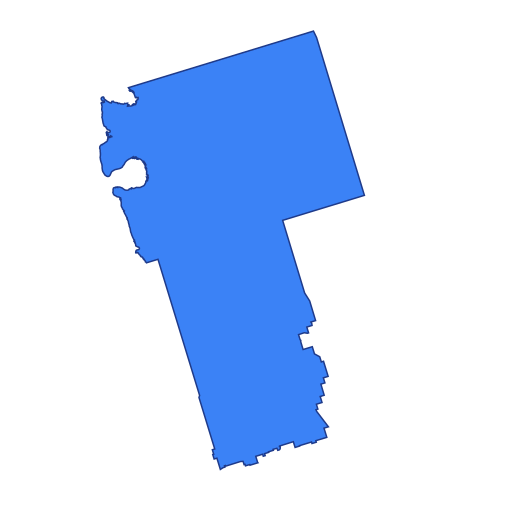 Mount Marshall, Western Australia, Australia, rotated 343°
{"feature_id": "25037944B9675874244357", "entity_name": "Mount Marshall", "entity_type": "district", "adm_level": 2, "iso_a3": "AUS", "parent_name": "Australia", "parent_adm1": "Western Australia", "projection": "natural_earth1", "projection_center": [117.638, -30.294], "detail": "fine", "context": "isolated", "style": "filled", "palette": "blue", "viewbox_px": 512, "rotation_deg": 343, "n_neighbors": 0, "source": "geoboundaries", "source_scale": "gbopen_adm2", "svg_char_len": 5968}
<svg xmlns="http://www.w3.org/2000/svg" viewBox="0 0 512 512"><g transform="rotate(343 256 256)"><path d="M149.3,230.5L161.3,230.5L161.3,372.9L160.1,374.6L160.1,428.5L157.6,428.5L157.6,433.2L156.6,433.2L156.6,437.9L159.5,437.9L159.5,449.7L162.6,448.8L164.5,448.8L164.5,447.4L165.5,447.4L165.5,448.1L181.1,448.0L183.6,448.6L183.6,452.0L184.6,452.0L184.6,453.6L189.1,453.6L189.1,454.3L197.4,454.3L197.2,453.8L197.2,447.5L204.4,447.5L204.4,449.6L206.4,449.6L206.4,447.5L210.7,447.5L210.7,446.9L215.8,446.9L215.8,445.9L219.8,446.0L220.0,448.2L221.7,448.2L222.6,447.6L223.1,446.6L223.4,445.5L222.7,445.1L222.9,444.6L237.4,444.5L237.4,450.5L242.2,450.5L242.2,450.1L254.7,450.1L254.7,451.7L259.2,451.7L259.2,450.1L270.7,450.1L270.7,440.5L275.3,440.5L268.6,422.4L268.4,420.5L270.4,420.5L270.4,415.4L276.3,415.4L276.3,409.1L277.3,409.1L277.5,409.2L277.8,409.1L280.5,409.1L280.6,397.5L284.8,397.5L284.8,392.2L289.8,392.2L289.8,376.4L287.5,376.4L287.5,371.0L283.3,366.7L283.3,359.2L273.7,359.2L273.7,351.0L274.1,350.2L274.1,349.6L273.7,349.0L273.7,343.6L279.7,343.5L282.6,344.9L283.8,344.9L283.8,338.8L289.3,338.8L289.6,336.8L289.2,335.2L294.1,335.2L294.2,314.7L291.7,305.6L291.9,229.7L377.4,229.7L377.8,64.8L376.7,57.7L183.2,57.7L183.4,58.6L183.9,58.8L184.0,59.9L183.2,60.4L183.6,61.5L184.2,61.7L184.8,60.6L185.3,61.3L186.1,61.8L186.9,62.9L187.0,63.7L185.9,63.2L186.8,64.8L187.0,69.3L187.7,69.7L188.2,69.3L188.8,69.9L189.6,70.0L189.2,71.3L188.6,71.9L188.2,71.7L186.9,72.7L186.2,72.9L186.1,73.7L186.7,74.0L185.1,76.0L183.9,75.8L184.1,75.5L184.7,75.2L183.5,74.7L182.2,75.1L182.5,75.6L182.3,76.0L180.1,76.0L178.9,75.5L176.9,75.2L177.3,74.5L178.1,74.5L178.6,74.2L177.9,73.6L177.7,73.1L177.6,72.6L177.8,72.3L175.4,72.0L175.0,71.6L174.2,72.0L173.3,72.0L172.9,71.6L171.0,70.9L170.2,70.1L169.6,69.9L168.7,70.0L168.4,69.8L168.3,69.5L168.7,69.4L168.5,69.1L167.7,68.6L166.3,68.1L164.4,66.7L164.6,66.3L163.4,66.0L162.9,66.4L162.4,67.3L161.3,66.9L158.8,64.3L156.2,60.5L156.7,60.8L156.9,60.5L156.8,59.7L156.4,59.2L155.6,59.1L154.7,59.3L154.0,60.0L153.8,61.4L154.7,62.9L156.2,63.5L156.0,63.9L156.0,64.5L154.7,64.7L153.5,64.0L153.0,64.1L152.7,64.5L152.5,65.0L152.9,65.5L152.5,67.0L152.6,67.7L151.3,70.8L151.1,72.7L151.3,73.4L150.6,74.8L150.7,75.1L150.1,75.8L150.0,77.1L149.2,78.1L149.2,79.7L148.6,84.4L148.8,85.1L148.6,85.9L148.8,87.4L150.2,88.6L150.1,89.2L150.9,91.7L152.9,93.1L153.1,94.0L152.6,94.8L151.5,94.9L150.1,94.3L149.8,93.5L148.9,94.1L148.9,94.8L148.6,97.0L148.9,97.5L149.2,97.3L149.3,96.3L149.7,95.7L150.2,96.3L150.2,96.9L149.4,98.0L149.7,98.7L151.8,99.3L152.2,99.0L152.2,98.7L153.1,99.5L153.0,99.8L151.8,99.7L150.8,100.0L150.6,99.6L149.5,99.4L148.9,99.5L148.7,100.0L148.9,100.3L148.8,100.8L148.0,101.2L147.8,102.1L146.7,103.0L146.0,103.0L145.7,103.3L144.8,103.4L143.9,103.9L142.6,104.0L141.6,104.6L141.1,104.3L140.3,104.5L138.8,105.5L138.0,107.2L138.1,107.7L138.0,108.7L137.8,110.0L137.5,110.6L137.3,112.3L137.0,112.7L136.9,113.6L135.6,116.6L135.7,117.3L135.4,118.3L135.3,120.3L135.4,123.5L135.2,124.2L135.2,124.8L134.5,127.0L134.4,128.0L134.2,128.9L134.2,130.5L135.2,134.4L136.5,136.0L137.6,136.7L138.7,136.8L139.9,136.2L142.4,133.4L143.1,133.0L146.2,132.2L151.1,132.5L152.3,132.4L154.1,131.9L155.1,130.9L156.5,130.0L158.4,128.1L160.3,127.0L162.8,126.2L163.9,126.1L166.9,125.4L166.2,126.3L166.3,126.5L167.3,126.6L168.3,127.3L169.0,127.2L167.9,126.1L168.4,125.9L168.8,125.5L168.6,125.9L170.1,126.1L170.5,126.5L170.4,127.6L170.1,128.1L170.4,128.6L171.4,129.0L171.5,128.5L171.4,127.9L173.6,129.5L174.4,130.4L175.0,131.7L175.3,131.8L175.6,131.5L175.3,132.1L176.3,132.6L176.1,133.0L175.5,133.3L176.0,133.9L176.5,133.6L176.8,133.9L176.7,134.4L176.3,134.3L175.9,134.6L175.9,134.9L176.6,135.3L176.7,134.9L177.1,135.0L177.2,135.3L177.1,135.6L176.3,136.2L176.6,136.6L177.2,136.9L176.3,137.5L176.5,138.1L176.0,138.7L176.6,139.2L175.9,139.6L175.9,140.1L177.5,140.8L176.5,140.7L176.2,141.0L176.1,141.6L176.4,142.8L176.1,143.3L176.2,143.6L175.4,144.8L175.8,144.5L175.8,144.8L175.2,145.7L175.6,146.5L175.9,146.8L176.1,146.7L176.2,147.0L176.4,147.1L176.4,147.4L176.3,147.6L176.1,147.2L175.5,147.2L175.3,147.4L175.3,148.3L175.8,149.1L175.9,149.8L175.4,150.1L175.4,149.5L175.1,149.5L174.8,150.3L175.0,150.8L174.8,150.9L174.7,150.3L174.8,149.9L174.4,149.3L174.4,150.1L173.8,151.4L174.2,151.6L174.6,151.4L174.4,152.1L174.2,152.1L173.9,152.4L173.0,151.9L172.3,152.7L172.2,153.4L171.8,153.8L170.2,155.4L169.3,156.0L165.1,156.6L161.9,155.6L161.7,155.4L159.1,155.8L157.3,155.1L157.5,155.0L157.4,154.7L157.1,154.4L156.7,154.4L156.2,155.2L156.0,154.9L154.3,154.9L153.9,155.4L152.7,155.6L151.0,155.1L150.0,154.5L148.9,153.3L148.0,151.9L145.9,150.3L143.3,149.3L143.0,149.4L143.1,149.7L142.7,149.5L142.4,149.7L142.7,149.4L141.8,149.1L141.5,149.2L141.5,149.4L142.1,149.7L141.8,149.7L140.8,149.2L139.9,149.2L139.4,149.5L138.6,150.9L138.4,152.1L137.7,153.3L137.8,155.2L138.3,156.5L139.3,157.3L140.4,158.7L142.1,159.5L142.7,160.2L142.7,160.6L143.0,160.5L143.5,160.7L143.5,161.2L143.3,161.7L141.9,162.7L143.4,162.1L143.5,162.4L142.9,163.8L142.8,165.4L141.8,168.5L141.8,169.6L142.2,171.1L142.1,171.9L142.8,173.4L142.6,174.2L143.1,174.2L143.3,174.4L142.7,175.1L142.8,176.8L143.2,178.3L143.5,180.3L143.7,181.1L143.7,181.9L143.6,182.4L143.9,182.3L143.7,183.3L144.0,185.6L143.8,186.5L143.8,187.1L143.7,188.0L143.8,189.2L143.5,190.2L143.7,192.8L143.3,195.3L143.2,196.6L143.4,198.2L143.3,199.4L143.5,200.8L143.5,201.5L144.0,204.7L144.2,204.9L144.0,205.0L143.9,205.6L143.6,206.1L143.8,206.2L143.9,207.1L144.3,206.6L144.3,209.3L144.0,211.2L145.7,212.9L146.4,213.2L146.6,213.6L146.8,214.3L146.6,215.0L146.3,215.3L145.3,215.6L144.0,215.4L143.1,215.6L142.5,216.3L141.9,217.7L142.0,217.9L142.7,217.7L142.9,217.8L143.0,218.2L143.6,218.3L144.5,217.7L144.0,218.2L144.8,220.5L145.7,221.9L145.5,222.3L146.0,223.3L147.0,223.8L147.3,224.3L147.2,225.2L147.4,225.4L147.4,225.7L147.7,225.8L148.0,225.4L147.7,226.7L148.1,226.9L148.6,228.4L148.5,229.3L149.3,230.0L149.3,230.5Z" fill="#3b82f6" stroke="#1e3a8a" stroke-width="1.5"/></g></svg>